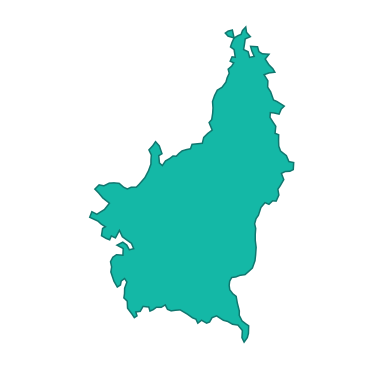 outline of Nova Esperança do Sudoeste, Paraná, Brazil, rotated 352°
{"feature_id": "56859067B10738168470860", "entity_name": "Nova Esperança do Sudoeste", "entity_type": "district", "adm_level": 2, "iso_a3": "BRA", "parent_name": "Brazil", "parent_adm1": "Paraná", "projection": "equal_earth", "projection_center": [-53.258, -25.889], "detail": "fine", "context": "isolated", "style": "filled", "palette": "teal", "viewbox_px": 384, "rotation_deg": 352, "n_neighbors": 0, "source": "geoboundaries", "source_scale": "gbopen_adm2", "svg_char_len": 2838}
<svg xmlns="http://www.w3.org/2000/svg" viewBox="0 0 384 384"><g transform="rotate(352 192 192)"><path d="M104.8,275.7L108.2,274.1L109.5,270.3L113.2,268.3L115.0,272.1L111.9,277.9L111.0,283.3L109.8,287.4L112.7,291.1L112.0,298.1L115.6,304.6L117.4,308.4L120.3,307.0L119.6,303.0L124.1,303.0L127.6,298.5L133.2,299.9L133.8,304.1L137.2,303.1L140.7,301.2L145.5,301.9L149.8,300.1L151.4,304.8L154.8,306.8L159.4,306.8L163.9,307.1L170.5,312.4L175.0,316.7L178.2,318.5L179.5,322.7L183.6,320.3L188.2,323.9L191.3,323.2L194.4,319.2L199.1,318.1L205.2,323.4L209.4,325.2L213.7,328.6L219.0,330.2L222.6,336.2L221.2,343.2L222.7,347.9L226.5,343.9L228.2,339.9L229.5,332.4L226.9,330.0L223.6,326.6L221.6,320.7L222.3,316.4L221.4,308.1L221.2,301.5L218.2,298.4L215.8,294.1L215.8,289.6L216.9,285.5L219.4,282.2L223.6,282.2L227.8,281.2L233.0,281.2L237.0,278.6L241.2,275.7L244.8,268.8L246.2,263.3L247.8,255.7L247.9,248.8L248.7,242.9L250.0,237.0L249.6,232.2L251.7,227.3L254.5,224.3L258.1,216.9L262.8,212.7L266.5,214.9L270.5,212.0L274.1,212.7L277.6,207.1L277.4,201.2L280.2,198.1L284.6,192.5L283.1,186.0L287.1,184.7L291.8,185.1L295.4,183.9L296.8,177.0L292.2,175.4L290.5,169.1L285.4,163.8L284.3,158.7L284.8,153.7L285.8,147.4L282.4,145.4L284.1,138.6L281.9,134.0L279.6,129.0L280.6,124.3L283.8,125.0L289.1,127.0L291.9,122.3L295.3,119.8L288.7,114.2L285.5,112.2L283.8,103.7L281.5,98.7L282.6,92.5L279.7,85.9L284.8,84.8L290.7,84.9L289.2,81.2L285.8,76.6L283.0,70.5L287.4,66.3L280.8,64.9L277.8,62.3L277.1,57.3L270.3,55.9L270.9,60.6L272.5,66.4L267.8,66.7L267.1,60.9L262.9,58.1L264.4,53.4L266.0,47.8L271.4,46.3L268.2,41.5L268.2,36.1L264.5,39.1L262.5,42.8L259.5,43.5L255.1,45.3L252.3,49.7L250.3,53.7L253.5,56.8L253.6,64.6L250.5,63.7L248.0,67.8L251.3,69.9L248.8,72.9L244.9,75.4L245.4,79.6L242.7,83.8L240.9,87.9L236.3,92.5L231.2,94.7L227.8,99.6L224.9,105.3L224.5,111.7L223.4,117.0L221.6,123.0L218.6,125.6L220.6,133.5L215.8,136.2L211.2,139.6L209.0,145.2L198.7,144.8L196.5,149.0L192.6,149.2L187.9,149.9L184.6,151.9L181.4,154.4L178.2,153.7L174.7,155.7L170.1,157.5L166.3,161.7L163.8,158.8L164.1,151.4L167.6,149.9L166.0,141.8L162.9,137.1L159.6,140.7L155.2,144.3L156.9,149.7L155.9,154.1L155.2,158.7L151.9,164.9L147.4,171.2L140.8,177.0L137.5,179.5L132.4,178.8L128.4,180.0L124.9,177.7L121.1,173.3L116.0,172.1L111.3,171.7L105.6,173.6L101.0,172.0L96.2,175.6L99.4,179.9L102.9,185.6L108.7,191.6L102.8,197.2L98.9,198.9L94.7,200.8L90.1,197.6L87.2,202.8L94.8,207.7L97.6,211.1L101.4,214.4L98.4,215.6L96.3,222.7L100.6,226.1L103.8,227.9L106.0,224.3L109.8,226.8L114.8,219.9L116.8,226.6L121.0,230.7L124.9,234.4L126.4,240.0L121.9,240.5L120.0,235.4L116.5,232.0L110.3,234.2L116.0,238.4L114.8,245.0L108.5,243.6L104.5,245.6L101.6,249.7L102.0,255.0L100.5,259.9L102.3,269.5L104.8,275.7ZM255.1,45.3L254.5,37.2L250.1,37.7L247.1,39.3L249.4,42.7L255.1,45.3Z" fill="#14b8a6" stroke="#0f766e" stroke-width="1.5"/></g></svg>